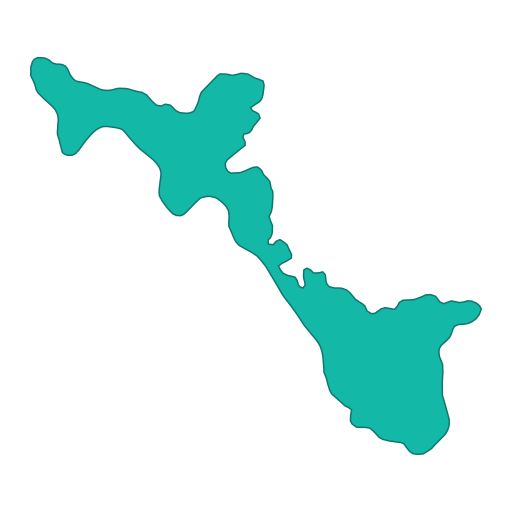 Lago De Amatitlan, Guatemala
{"feature_id": "79465075B78554632874353", "entity_name": "Lago De Amatitlan", "entity_type": "district", "adm_level": 2, "iso_a3": "GTM", "parent_name": "Guatemala", "parent_adm1": "", "projection": "mercator", "projection_center": [-90.569, 14.455], "detail": "fine", "context": "isolated", "style": "filled", "palette": "teal", "viewbox_px": 512, "rotation_deg": 0, "n_neighbors": 0, "source": "geoboundaries", "source_scale": "gbopen_adm2", "svg_char_len": 4513}
<svg xmlns="http://www.w3.org/2000/svg" viewBox="0 0 512 512"><path d="M401.0,442.6L403.8,443.6L406.8,447.8L409.7,451.5L412.8,453.6L417.3,454.3L423.1,453.9L426.2,452.1L428.8,450.4L431.7,448.4L434.5,445.2L437.9,441.8L443.0,436.6L445.1,434.5L446.7,432.0L447.9,429.4L448.9,426.5L449.2,423.5L449.1,419.2L448.0,415.1L446.3,408.8L443.8,400.0L442.4,395.4L442.3,382.3L442.5,378.3L442.9,371.3L442.7,368.3L442.6,364.5L440.8,359.8L439.5,356.8L438.9,352.5L439.2,348.9L441.2,345.3L443.9,343.0L447.1,340.1L449.6,337.4L451.3,334.0L452.6,330.0L454.3,326.4L458.5,324.5L463.7,324.2L467.9,323.5L472.2,321.6L476.1,318.7L479.1,314.8L481.3,309.0L479.5,305.7L476.7,303.3L471.9,301.2L467.5,300.8L464.2,301.9L459.5,302.6L454.9,301.6L451.3,300.9L447.4,302.3L443.5,303.7L439.7,301.8L438.1,299.6L435.5,296.3L430.7,294.6L425.7,294.9L422.7,296.4L414.4,299.5L411.7,299.8L406.0,300.1L402.7,300.3L399.3,302.5L397.4,306.1L394.5,309.4L390.1,308.5L385.1,307.7L381.1,308.9L378.6,310.7L375.1,313.3L371.5,313.7L367.1,311.1L365.9,308.4L364.8,305.9L362.1,303.6L359.5,302.1L355.3,299.2L349.8,292.6L346.4,289.9L341.9,288.3L338.6,288.0L334.2,288.0L329.3,286.7L327.0,284.2L326.0,281.1L325.3,274.9L322.8,271.9L318.6,272.9L313.6,273.0L310.3,269.7L306.6,268.3L303.9,269.9L303.5,275.7L303.8,278.5L304.6,281.4L305.2,285.2L302.8,288.0L299.5,286.6L298.1,284.1L297.3,280.7L295.1,277.2L290.9,276.1L287.7,275.5L283.3,273.4L280.8,270.5L278.5,266.1L281.8,263.4L286.0,261.4L291.3,258.1L291.6,254.6L290.3,251.8L288.5,248.2L287.0,244.7L283.0,241.5L279.9,239.6L276.1,241.3L273.2,244.7L268.3,244.1L268.1,239.9L270.2,238.0L271.8,234.7L272.3,232.0L272.5,225.6L270.3,220.4L269.1,216.4L271.1,212.3L271.8,209.6L272.2,206.9L272.5,203.5L272.7,199.9L272.9,195.8L272.7,191.5L270.9,187.7L270.5,184.9L269.7,181.4L267.2,178.3L263.5,174.6L261.9,171.0L259.8,168.6L257.1,166.9L253.1,167.4L249.8,168.7L245.6,170.7L239.8,172.8L234.7,172.9L230.9,173.2L227.6,171.1L225.7,167.8L225.3,163.3L227.0,160.1L232.7,155.3L245.2,145.2L245.1,141.8L242.9,137.3L243.9,133.9L247.0,133.6L249.5,132.5L251.6,130.1L253.3,126.4L256.1,123.2L260.1,118.1L258.5,113.9L255.9,112.3L252.2,110.6L250.7,107.6L252.9,106.1L255.2,104.5L259.3,101.9L261.7,99.0L262.9,94.9L263.3,91.6L263.8,88.1L264.1,85.1L263.0,81.0L258.5,79.2L254.8,78.0L250.6,75.6L248.3,74.2L243.4,73.4L240.3,73.4L237.1,74.4L232.1,75.4L229.1,74.6L225.9,74.1L220.1,73.9L217.2,75.9L203.4,90.1L201.3,92.3L199.6,96.6L198.7,100.5L196.9,105.3L195.3,108.7L193.7,111.4L189.8,112.9L186.8,113.3L179.8,112.7L175.6,110.5L173.1,107.7L170.2,105.1L165.2,104.2L161.1,106.1L156.6,105.2L154.1,103.1L151.7,100.8L146.5,94.9L142.1,92.4L138.7,91.8L131.9,90.1L129.3,89.2L125.5,88.5L119.8,88.3L116.6,88.6L112.6,89.8L109.3,90.3L106.6,90.4L103.2,90.1L99.8,89.2L94.4,86.6L86.9,83.3L83.6,82.5L78.6,81.7L75.7,80.9L73.1,78.8L70.2,74.9L68.8,71.8L67.6,69.0L65.4,66.1L62.6,64.7L59.9,64.2L56.2,64.1L52.5,63.0L48.8,59.8L44.5,58.0L40.6,57.7L37.6,57.7L34.5,59.1L32.5,61.6L30.8,67.1L30.9,71.3L30.7,75.2L31.7,77.7L33.3,80.7L35.0,85.0L36.2,89.6L37.9,92.6L40.2,95.0L44.2,99.0L49.7,103.9L52.6,106.7L55.4,109.9L57.6,114.6L58.1,117.3L58.3,120.6L57.8,124.9L57.7,128.0L57.4,131.6L57.5,134.6L59.2,139.9L60.5,145.4L61.3,148.4L62.5,152.6L64.9,154.4L68.2,155.3L72.3,155.2L75.7,153.4L78.8,150.1L85.5,140.9L90.5,135.1L93.8,131.8L96.1,129.9L98.4,128.5L101.9,126.8L106.1,126.4L110.6,126.9L115.2,127.5L118.4,128.2L122.0,129.3L124.6,131.7L128.8,136.9L135.8,144.8L140.1,149.1L147.8,155.3L153.3,159.9L156.3,163.0L158.7,166.3L160.0,168.8L161.0,172.4L160.9,175.9L159.7,184.9L159.3,188.2L159.1,191.8L159.4,195.8L162.4,201.3L167.2,207.8L170.5,211.5L172.8,213.8L176.2,215.4L180.4,215.7L183.6,214.5L186.1,212.3L194.9,203.2L197.7,200.6L200.6,197.9L204.8,196.8L207.6,196.4L210.3,196.4L214.8,197.4L217.7,198.9L221.0,201.3L223.7,203.8L226.1,206.4L228.4,210.4L229.0,214.4L229.1,217.8L228.8,221.5L228.8,226.1L230.8,230.7L233.2,236.3L234.6,239.6L236.3,242.3L238.9,245.2L242.4,247.3L246.9,249.7L252.9,253.1L257.2,256.1L260.7,260.0L265.8,266.4L278.9,288.4L281.6,293.2L284.0,296.9L291.3,306.4L297.2,314.6L301.3,320.8L304.4,325.6L312.4,335.3L315.7,339.2L318.4,343.0L320.3,346.5L321.8,350.9L322.9,356.5L323.9,369.2L323.9,372.0L325.1,375.0L326.6,378.9L327.2,381.6L327.9,384.4L328.8,387.2L329.7,390.2L331.7,393.9L334.3,396.2L337.2,398.8L340.3,401.6L342.9,403.9L345.2,406.0L348.5,407.5L351.6,409.8L350.7,414.9L350.4,420.6L351.9,423.8L356.3,427.1L361.2,427.4L365.5,427.4L369.8,428.1L373.3,431.0L376.1,434.0L379.3,437.5L382.9,439.4L385.9,440.1L389.6,441.0L395.4,441.8L401.0,442.6Z" fill="#14b8a6" stroke="#0f766e" stroke-width="1.5"/></svg>